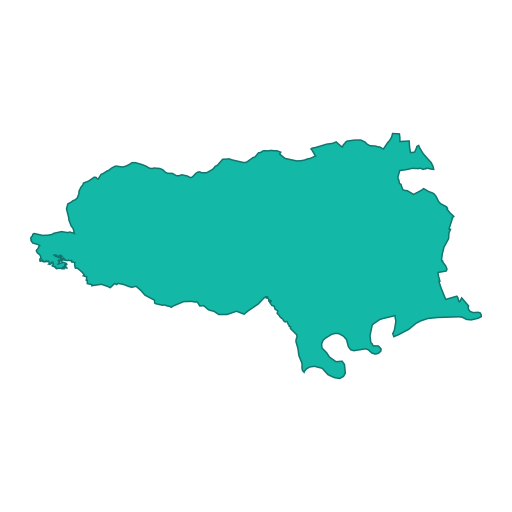 Unirea, Alba, Romania
{"feature_id": "2599482B55596473633613", "entity_name": "Unirea", "entity_type": "district", "adm_level": 2, "iso_a3": "ROU", "parent_name": "Romania", "parent_adm1": "Alba", "projection": "robinson", "projection_center": [23.708, 46.42], "detail": "fine", "context": "isolated", "style": "filled", "palette": "teal", "viewbox_px": 512, "rotation_deg": 0, "n_neighbors": 0, "source": "geoboundaries", "source_scale": "gbopen_adm2", "svg_char_len": 5959}
<svg xmlns="http://www.w3.org/2000/svg" viewBox="0 0 512 512"><path d="M302.0,363.4L302.0,368.2L302.4,370.1L303.3,371.6L304.1,372.2L304.2,371.5L306.5,368.9L309.6,367.0L314.5,366.3L322.2,368.3L328.0,374.7L334.3,377.6L339.7,378.5L343.5,376.4L345.3,373.2L344.5,364.5L342.1,361.2L336.0,361.7L329.4,357.0L326.7,352.8L322.0,348.0L321.6,344.1L323.0,340.4L325.4,338.2L331.7,334.3L335.3,333.4L338.9,333.6L343.6,336.3L346.5,339.6L348.4,346.7L350.7,349.8L353.8,350.7L365.7,348.8L368.3,349.8L371.8,353.0L375.1,354.1L378.3,353.4L380.8,351.2L381.1,349.0L378.5,346.0L373.1,345.8L372.2,343.9L370.8,342.5L370.0,335.6L372.2,325.1L372.9,324.3L379.3,319.8L382.3,318.7L395.1,315.6L395.2,318.0L395.9,321.0L394.5,329.7L393.3,332.7L392.7,333.4L393.8,336.7L398.7,334.6L409.1,329.1L415.9,323.4L420.7,320.9L427.8,318.5L437.3,317.5L458.8,316.8L462.2,317.2L466.4,319.4L471.2,319.9L478.1,318.3L481.3,316.6L481.2,314.9L480.3,313.0L478.2,312.3L473.1,312.6L470.1,311.4L468.4,309.1L468.2,306.8L468.6,306.0L461.7,297.9L459.8,301.4L459.3,301.8L458.6,300.6L457.8,297.5L456.8,296.2L445.7,299.4L441.0,287.8L438.9,281.4L439.9,281.2L438.4,275.7L438.0,272.5L446.2,271.0L446.9,269.6L446.9,268.9L445.7,266.0L442.1,261.1L442.5,260.9L441.5,260.0L442.3,253.9L444.0,247.1L448.6,238.7L449.0,232.7L450.5,229.4L449.0,229.0L452.4,218.4L452.0,218.1L453.8,216.4L450.1,213.0L447.0,209.1L447.5,208.3L446.5,206.8L440.5,203.6L438.5,201.4L436.3,196.8L434.2,194.0L432.4,192.9L428.6,191.5L423.6,188.6L421.4,190.3L413.6,194.4L407.3,190.7L404.4,190.4L402.9,189.7L401.8,187.1L401.0,184.4L399.4,183.4L398.9,180.3L398.0,178.5L397.9,177.2L399.7,170.6L407.0,169.5L412.3,168.3L418.0,168.6L420.6,168.2L423.1,169.4L424.7,168.8L425.8,168.9L426.2,168.4L427.2,168.1L430.5,169.0L433.7,169.4L433.0,166.4L431.3,162.8L423.1,153.6L419.5,147.6L418.7,145.5L416.9,146.4L416.5,147.9L414.6,152.2L410.5,152.6L409.6,147.4L409.2,141.0L399.9,141.5L399.9,137.7L399.4,133.9L392.6,133.5L391.8,136.5L390.7,138.8L388.9,141.4L387.9,142.3L383.5,148.9L382.4,148.6L379.9,147.0L377.8,146.8L375.6,146.1L369.8,145.7L366.9,144.0L365.0,142.0L360.7,140.0L354.3,140.1L347.1,141.1L345.4,142.3L344.7,143.7L343.6,144.4L342.3,147.1L339.1,144.6L336.2,141.9L332.5,143.4L326.9,144.1L315.2,147.6L312.2,148.1L311.0,149.0L311.9,150.0L315.5,156.0L310.3,158.4L307.5,158.9L304.4,160.1L300.3,160.8L296.6,160.9L285.0,158.4L279.7,154.1L280.7,152.2L277.0,150.8L274.1,150.8L271.4,150.4L267.2,150.9L264.4,150.7L262.5,151.1L260.9,152.4L258.5,152.8L254.9,157.1L253.1,157.5L247.0,161.9L245.9,162.3L243.8,162.6L231.7,159.8L229.3,158.9L222.6,159.3L217.4,165.3L215.2,166.3L213.6,168.4L212.1,169.7L207.4,172.3L206.7,172.7L202.4,172.8L201.4,172.8L199.8,171.8L197.7,172.2L195.9,173.3L192.7,176.7L191.3,177.5L190.4,177.6L187.0,175.9L181.7,174.8L179.0,175.7L176.2,175.7L172.5,173.4L167.5,173.3L165.4,172.2L162.7,169.7L159.8,168.5L153.8,168.0L152.2,168.6L149.2,168.1L146.3,166.3L142.2,164.6L135.2,162.6L131.9,162.7L130.4,163.9L126.0,166.1L123.2,166.9L121.4,166.9L116.6,166.1L115.0,166.3L111.6,168.1L108.8,170.3L107.2,170.9L103.0,173.6L101.1,174.4L98.2,179.0L97.2,178.6L96.0,177.4L94.2,177.2L88.6,181.1L83.5,183.0L82.8,185.0L80.8,187.4L79.0,191.3L78.9,193.9L77.2,198.0L75.1,199.9L73.0,200.6L71.4,202.0L67.8,203.9L66.5,208.9L68.9,218.5L68.8,219.8L71.2,226.0L73.1,228.4L74.4,233.4L73.3,232.8L71.9,232.8L70.0,232.0L67.7,232.6L61.5,231.6L53.8,233.3L51.6,234.6L47.8,235.2L42.5,235.4L34.4,233.5L33.4,233.8L32.7,234.5L32.4,236.1L31.4,236.8L30.9,237.7L30.7,238.9L31.4,239.7L31.0,240.6L32.7,243.0L37.9,244.5L39.7,245.6L39.0,246.3L37.9,248.8L36.7,249.9L36.3,250.9L37.4,252.9L39.8,254.8L40.7,256.7L40.7,257.8L39.8,259.3L40.2,261.9L40.4,260.4L42.4,261.3L42.2,260.0L43.2,261.2L44.3,261.9L45.2,261.8L45.5,261.1L46.4,260.9L46.6,261.6L47.1,261.7L48.1,261.1L49.2,262.3L49.1,263.9L48.8,264.1L49.8,264.4L51.0,263.9L51.4,262.5L51.7,262.3L51.9,262.9L52.8,262.4L53.0,263.8L53.5,264.2L52.4,265.5L52.7,265.6L52.5,266.1L54.4,266.7L55.2,266.6L55.6,267.1L55.3,267.7L56.6,268.7L57.6,268.7L56.8,268.4L57.0,268.3L60.9,268.3L61.4,268.7L63.4,268.7L63.1,268.4L63.6,268.1L63.7,267.6L62.0,267.6L63.7,266.9L64.6,267.6L64.3,268.2L65.7,267.7L66.4,267.9L66.2,267.6L66.5,267.4L65.6,266.7L64.1,266.7L65.3,265.8L65.0,265.6L65.2,265.1L64.2,265.1L65.0,264.8L64.7,264.2L65.5,265.0L66.0,264.5L66.1,264.9L66.5,264.5L66.3,264.1L66.7,264.0L66.4,263.5L63.4,262.3L58.2,264.0L59.3,262.3L58.9,261.4L59.0,261.1L57.7,259.7L59.9,261.3L60.2,260.8L59.7,260.1L60.2,259.9L60.9,260.6L61.1,260.2L61.8,261.3L62.2,260.8L61.9,260.0L60.3,258.0L56.0,256.5L53.9,255.3L54.2,254.9L55.6,254.8L57.7,256.2L60.3,257.1L60.8,256.8L60.6,256.1L60.1,256.0L60.3,255.7L59.8,255.4L60.4,255.1L62.1,256.3L60.8,257.3L64.2,260.3L64.5,260.1L63.5,258.7L63.6,258.3L64.4,259.0L64.3,259.4L65.7,259.9L65.8,260.5L68.1,260.6L68.8,260.1L70.0,260.7L71.6,260.5L71.6,262.0L74.8,262.4L74.6,263.6L74.8,265.9L75.4,268.2L76.3,268.0L77.8,268.5L81.6,271.7L84.3,274.9L83.3,275.8L86.7,276.8L86.3,280.3L87.3,280.3L87.3,283.6L91.7,284.6L92.1,284.8L91.9,285.7L101.4,284.3L107.6,286.4L110.2,287.7L114.7,283.5L116.6,284.6L118.1,283.4L123.4,284.4L128.8,286.5L131.7,287.3L136.1,286.3L141.1,290.7L144.9,295.1L154.5,300.2L154.7,303.0L155.4,303.6L162.3,305.2L164.9,305.0L166.9,305.9L169.8,306.4L171.1,307.3L172.4,306.6L172.9,306.1L183.7,301.6L192.0,301.4L195.1,302.1L196.5,301.6L198.0,303.0L199.8,306.0L203.3,305.7L204.7,306.5L208.1,309.5L209.8,310.3L214.0,311.3L218.7,314.5L227.1,314.5L236.0,311.4L236.9,311.4L244.1,314.2L248.1,310.9L258.4,303.9L263.5,298.4L265.9,296.6L267.3,296.8L266.5,298.0L268.2,298.4L268.7,299.3L268.8,300.8L270.0,300.2L271.2,300.9L270.9,301.5L269.8,301.5L269.6,302.1L271.8,305.4L274.2,306.2L275.1,309.3L277.0,310.3L277.8,311.1L277.2,313.0L277.3,313.6L278.9,315.0L279.7,316.5L281.2,318.0L282.8,319.0L283.2,320.1L284.4,321.6L285.5,321.9L286.3,321.4L287.1,321.7L288.4,324.6L289.2,325.5L289.2,326.4L290.6,326.8L290.4,328.2L290.8,328.9L296.7,334.7L297.0,336.5L296.8,337.7L296.3,338.6L295.9,341.4L298.0,348.8L298.8,355.3L302.0,363.4Z" fill="#14b8a6" stroke="#0f766e" stroke-width="1.5"/></svg>